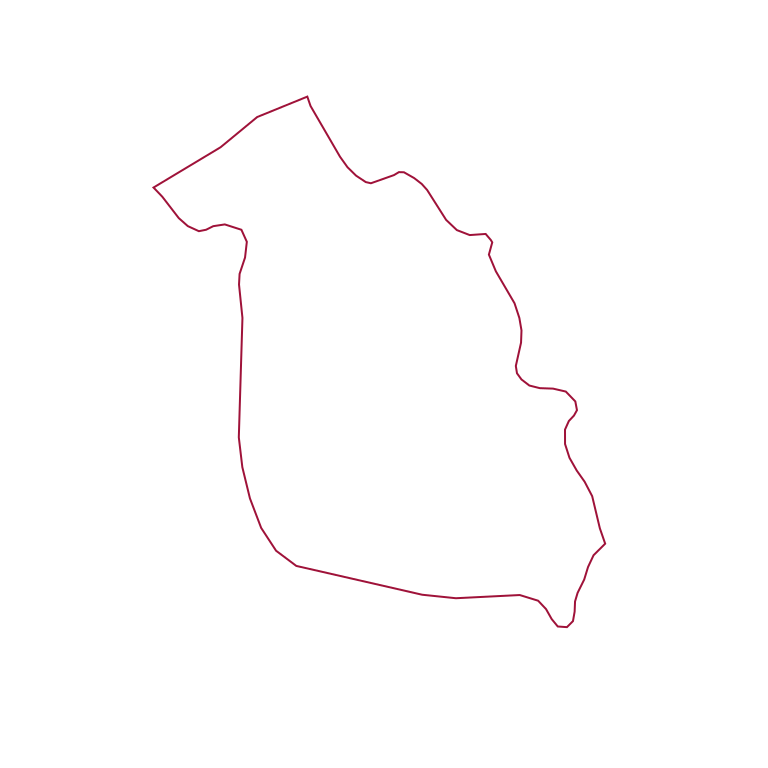 the Province of Apayao, rotated 157°
{"feature_id": "PHL-2546", "entity_name": "Apayao", "entity_type": "Province", "adm_level": 1, "iso_a3": "PHL", "parent_name": "Philippines", "parent_adm1": "", "projection": "natural_earth1", "projection_center": [121.11, 18.109], "detail": "fine", "context": "isolated", "style": "outline", "palette": "rose", "viewbox_px": 768, "rotation_deg": 157, "n_neighbors": 0, "source": "natural_earth", "source_scale": "10m", "svg_char_len": 1146}
<svg xmlns="http://www.w3.org/2000/svg" viewBox="0 0 768 768"><g transform="rotate(157 384 384)"><path d="M231.8,482.4L229.4,474.8L229.0,472.1L236.9,462.1L237.0,444.0L232.3,407.3L233.6,391.9L236.5,379.6L241.7,368.5L255.6,349.1L257.4,341.9L255.7,334.5L250.8,325.8L242.2,319.3L230.2,313.7L219.6,306.0L214.7,293.2L216.6,284.5L221.5,280.7L228.3,277.7L235.2,271.3L240.8,258.0L242.1,243.6L240.4,229.0L237.5,215.6L236.2,199.4L241.7,166.8L242.8,150.6L258.0,144.5L267.7,135.8L276.1,125.8L287.4,116.1L293.1,109.2L297.5,99.9L302.7,91.9L310.6,88.7L318.8,92.9L321.5,102.1L322.8,113.5L326.8,124.3L341.5,136.7L401.5,158.7L431.2,175.1L535.8,250.8L548.5,272.7L553.3,299.5L552.1,331.1L546.9,362.8L538.5,391.6L488.5,500.1L478.6,532.2L473.9,541.8L462.5,554.7L454.7,568.5L455.0,581.7L468.2,593.1L479.5,596.0L487.5,595.5L494.7,597.0L502.9,606.0L508.1,616.9L514.9,643.0L519.4,654.9L441.9,665.8L396.4,679.3L342.3,678.5L343.0,668.6L335.7,610.4L332.9,597.8L328.3,586.7L321.9,577.0L317.6,573.9L293.2,572.4L287.5,573.2L282.9,571.1L275.8,561.8L271.1,553.4L268.5,545.8L262.7,510.8L256.8,497.2L246.9,487.6L231.8,482.4Z" fill="none" stroke="#9f1239" stroke-width="2"/></g></svg>